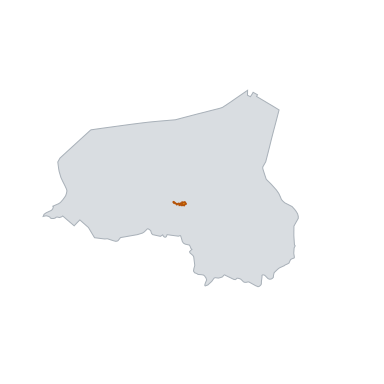 Al-Karkh, Baghdad, Iraq (highlighted), rotated 133°
{"feature_id": "34846034B16930377854620", "entity_name": "Al-Karkh", "entity_type": "district", "adm_level": 2, "iso_a3": "IRQ", "parent_name": "Iraq", "parent_adm1": "Baghdad", "projection": "orthographic", "projection_center": [44.409, 33.178], "detail": "fine", "context": "in_parent", "style": "filled", "palette": "amber", "viewbox_px": 384, "rotation_deg": 133, "n_neighbors": 0, "source": "geoboundaries", "source_scale": "gbopen_adm2", "svg_char_len": 4781}
<svg xmlns="http://www.w3.org/2000/svg" viewBox="0 0 384 384"><g transform="rotate(133 192 192)"><path d="M161.0,79.8L163.2,79.2L167.4,75.8L169.9,72.6L170.6,72.3L172.8,73.4L174.3,73.8L177.9,72.6L180.0,73.3L181.8,74.1L182.8,74.2L187.6,76.2L188.8,76.5L191.3,76.7L195.0,76.9L197.3,75.6L199.0,74.3L200.2,74.3L201.4,74.6L202.3,75.2L203.1,76.1L203.5,77.5L203.3,81.8L203.7,83.0L204.4,83.8L205.2,84.0L206.2,83.0L208.0,81.7L210.1,80.2L211.7,78.8L212.6,78.3L214.1,78.3L215.5,78.6L216.3,79.2L216.3,79.4L217.1,81.5L219.0,89.1L220.1,90.1L221.3,90.9L222.2,92.0L222.6,93.1L222.5,94.9L222.5,96.9L223.1,98.5L223.8,99.7L224.4,100.3L225.4,100.3L226.6,100.6L227.4,101.8L230.1,110.5L230.3,111.6L231.4,112.0L233.2,111.8L235.0,112.7L237.0,114.0L238.9,116.7L240.1,117.1L243.9,116.6L249.2,117.0L251.7,118.3L251.5,119.1L249.6,120.1L246.3,121.3L245.3,123.2L244.8,125.6L244.9,126.9L245.8,128.4L248.2,131.4L248.3,132.4L248.8,133.9L249.3,135.0L248.8,137.0L246.7,138.4L243.8,139.9L238.2,146.6L237.8,148.0L237.9,152.0L237.3,153.1L235.5,153.1L234.0,152.9L234.0,154.3L233.1,156.1L232.6,157.7L234.8,161.5L235.2,163.4L234.8,165.3L232.9,168.4L231.8,170.5L232.0,171.0L233.6,171.8L238.5,178.7L240.1,181.1L242.1,180.4L242.8,180.4L243.4,180.8L243.8,181.6L243.8,182.7L243.3,184.2L245.9,184.8L246.9,186.4L250.0,191.7L249.9,193.3L248.5,195.8L248.5,197.5L248.9,199.0L249.4,199.5L253.8,199.7L255.8,200.2L260.5,202.9L265.9,207.0L270.3,210.3L274.1,213.2L278.1,212.9L279.2,213.4L280.2,214.3L281.4,216.6L283.9,222.0L285.9,223.8L289.0,228.1L291.9,232.1L290.3,237.7L288.6,243.5L288.8,251.0L288.9,255.0L292.8,255.1L297.1,255.1L297.3,259.9L297.5,264.7L297.7,270.2L299.0,270.4L301.1,271.5L302.0,273.2L303.1,274.2L304.4,274.3L305.7,275.1L307.1,276.6L307.6,277.8L307.3,278.7L307.6,280.1L308.6,282.1L309.7,283.1L311.4,284.2L309.2,285.0L306.7,284.5L301.3,282.3L299.5,282.3L297.3,283.3L297.3,284.1L291.6,281.6L289.5,281.1L288.8,281.1L285.6,281.2L281.0,281.8L278.4,283.0L276.5,284.2L275.7,285.4L275.4,286.0L274.0,289.4L272.4,293.8L270.8,297.7L267.5,303.3L265.6,305.8L261.6,310.6L257.2,311.7L246.9,310.9L235.6,310.0L224.3,309.1L215.9,308.4L215.2,308.1L206.9,301.4L200.4,296.1L192.2,289.4L183.9,282.6L175.6,275.7L169.6,270.6L162.3,264.1L155.7,258.1L150.5,253.4L143.8,249.2L138.6,245.9L131.0,241.1L125.0,237.2L119.8,233.9L111.9,228.8L109.3,227.4L101.0,225.4L93.2,223.7L85.1,221.9L79.7,220.7L83.4,217.4L82.5,214.3L79.9,214.7L77.4,215.3L76.2,210.4L78.1,210.0L76.7,203.6L75.3,197.1L73.9,190.7L72.6,184.3L79.6,180.5L84.8,177.7L92.1,173.8L99.1,170.0L105.7,166.3L113.0,162.3L119.6,158.7L125.5,157.3L126.7,156.1L129.6,150.9L132.0,146.5L132.1,145.4L132.3,139.0L133.0,131.5L133.9,127.5L135.3,124.0L136.5,121.5L136.7,119.0L136.6,116.6L135.5,112.8L134.4,108.9L134.7,105.2L135.0,103.2L135.9,100.0L137.3,97.7L138.8,96.3L144.2,95.0L147.4,94.2L151.8,90.2L154.4,87.8L158.1,83.9L160.7,81.1L161.0,80.1L161.0,79.8Z" fill="#d9dde1" stroke="#a8b0b8" stroke-width="1"/><path d="M206.8,188.5L206.7,188.5L206.5,188.8L206.3,188.8L206.1,188.9L205.8,188.9L205.6,188.9L205.4,188.8L205.4,188.7L205.3,188.4L205.2,188.3L205.2,188.2L204.9,188.1L204.7,188.1L204.6,188.3L204.5,188.5L204.7,188.8L204.6,189.0L204.4,189.2L204.3,189.4L204.3,189.5L204.5,189.6L204.5,189.8L204.3,190.0L204.2,190.1L204.1,190.3L204.1,190.5L204.3,190.6L204.6,190.8L204.8,190.9L204.9,191.0L205.0,191.0L205.3,191.2L205.3,191.3L205.6,191.5L205.7,191.8L205.8,192.0L206.0,192.3L206.1,192.2L206.2,191.9L206.3,191.8L206.5,191.9L206.6,192.0L206.8,192.1L207.0,192.1L207.3,192.2L207.4,192.3L207.5,192.4L207.6,192.6L207.8,192.7L208.4,192.5L208.6,192.5L208.8,192.6L209.3,192.7L209.2,192.7L209.2,193.0L209.1,193.3L209.4,193.4L209.4,193.5L209.4,193.8L209.4,194.0L209.6,194.2L209.8,194.3L210.3,194.3L210.5,194.3L210.8,194.6L210.9,194.8L210.9,195.0L211.1,195.2L211.2,195.5L211.3,196.2L211.3,196.6L211.4,197.1L211.4,197.4L211.5,197.4L211.7,197.5L211.6,197.8L211.4,198.2L211.5,198.5L211.6,198.8L211.8,199.0L212.0,199.0L212.2,198.9L212.3,198.8L212.4,198.6L212.4,198.2L212.5,198.0L212.5,197.8L212.2,197.7L212.0,197.4L212.0,197.1L212.0,196.8L212.0,196.5L211.9,196.4L211.8,196.1L211.6,195.8L211.5,195.5L211.4,195.4L211.4,195.1L211.5,195.0L211.6,194.9L211.7,194.5L211.7,194.4L211.4,194.3L211.1,194.3L210.9,194.3L210.7,194.2L210.3,194.1L210.2,193.9L209.9,193.7L209.9,193.3L209.9,193.0L210.1,192.7L210.3,192.4L210.5,192.2L210.4,192.1L210.2,192.1L209.8,192.0L209.4,192.0L209.3,191.9L209.2,191.8L209.2,191.5L209.2,191.1L209.2,190.8L209.2,190.7L209.0,190.4L208.8,190.3L208.7,190.4L208.6,190.6L208.4,190.7L208.1,190.9L207.7,191.0L207.3,191.1L207.2,191.0L207.2,190.8L207.2,190.7L207.1,190.4L207.3,190.3L207.5,190.2L208.0,190.2L208.3,190.1L208.3,189.9L208.2,189.6L208.0,189.4L207.8,189.2L207.5,189.0L207.4,188.9L207.2,188.8L207.2,188.6L207.2,188.4L206.9,188.4L206.8,188.5Z" fill="#f59e0b" stroke="#b45309" stroke-width="1.5"/></g></svg>